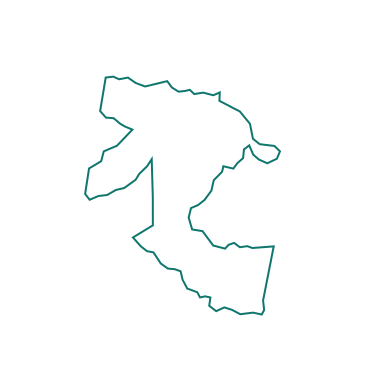 Engenho Velho, Rio Grande do Sul, Brazil (Albers equal-area conic projection), rotated 154°
{"feature_id": "56859067B64358996433210", "entity_name": "Engenho Velho", "entity_type": "district", "adm_level": 2, "iso_a3": "BRA", "parent_name": "Brazil", "parent_adm1": "Rio Grande do Sul", "projection": "albers", "projection_center": [-52.91, -27.679], "detail": "fine", "context": "isolated", "style": "outline", "palette": "teal", "viewbox_px": 384, "rotation_deg": 154, "n_neighbors": 0, "source": "geoboundaries", "source_scale": "gbopen_adm2", "svg_char_len": 1314}
<svg xmlns="http://www.w3.org/2000/svg" viewBox="0 0 384 384"><g transform="rotate(154 192 192)"><path d="M187.9,307.4L194.7,314.5L199.4,322.9L208.1,325.3L212.2,330.2L219.4,332.7L239.1,305.0L236.7,296.6L230.1,292.7L226.6,284.8L223.6,280.3L218.2,274.2L239.1,266.5L253.5,267.2L260.1,259.5L274.2,258.3L288.9,237.1L287.4,229.9L277.8,229.4L269.6,226.5L259.6,227.2L251.2,225.3L237.3,227.7L231.5,231.4L221.1,234.8L213.8,239.2L229.6,204.3L241.8,179.2L265.0,177.0L261.8,165.6L258.4,158.6L253.1,154.6L251.4,141.4L247.3,133.8L241.1,130.0L237.0,125.7L238.9,117.3L238.6,107.3L231.2,99.6L231.0,93.7L226.0,92.5L221.7,89.1L226.4,82.2L222.5,74.3L213.5,74.1L207.6,68.4L202.2,61.0L195.2,58.6L190.0,56.8L183.0,51.3L178.9,54.3L175.7,63.3L142.4,107.3L162.3,115.2L166.1,119.1L173.2,121.4L176.5,127.8L182.2,128.5L187.1,126.6L196.4,134.6L199.7,152.2L208.3,158.3L206.2,170.5L199.9,178.0L192.3,177.6L184.1,179.4L174.0,184.7L167.2,193.1L156.1,197.0L152.5,201.4L144.6,194.9L138.7,198.0L131.3,200.0L126.6,207.5L120.1,208.8L120.6,198.8L117.7,191.9L111.7,184.8L101.1,184.7L95.1,190.0L97.8,197.3L110.2,205.3L113.9,213.1L110.0,227.9L113.7,243.5L117.2,248.1L127.4,261.9L123.4,269.3L130.4,269.6L138.4,276.4L147.1,279.1L149.2,284.8L154.5,286.0L160.1,288.1L164.3,294.8L165.7,302.5L187.9,307.4Z" fill="none" stroke="#0f766e" stroke-width="2"/></g></svg>